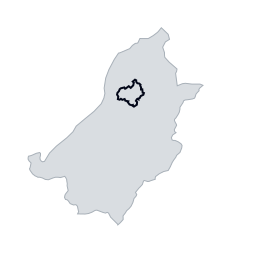 Bulgaria, with Targovishte highlighted, rotated 310°
{"feature_id": "BGR-2257", "entity_name": "Targovishte", "entity_type": "Province", "adm_level": 1, "iso_a3": "BGR", "parent_name": "Bulgaria", "parent_adm1": "", "projection": "robinson", "projection_center": [26.357, 43.248], "detail": "coarse", "context": "in_parent", "style": "outline", "palette": "ink", "viewbox_px": 256, "rotation_deg": 310, "n_neighbors": 0, "source": "natural_earth", "source_scale": "10m", "svg_char_len": 2828}
<svg xmlns="http://www.w3.org/2000/svg" viewBox="0 0 256 256"><g transform="rotate(310 128 128)"><path d="M208.9,158.0L204.6,157.3L203.1,157.5L202.2,158.5L200.2,158.3L197.7,158.3L195.1,159.4L193.7,159.8L191.8,158.8L188.3,155.8L186.1,153.7L184.5,153.1L182.9,153.8L177.2,154.5L175.8,155.7L173.1,157.1L170.5,157.7L166.6,158.2L164.6,158.1L163.5,158.8L162.6,160.8L161.9,162.7L161.3,163.5L156.6,164.5L155.5,165.6L155.2,166.7L155.3,167.8L151.5,166.7L148.5,167.4L147.9,168.3L147.2,169.5L147.6,170.7L148.7,172.0L149.7,175.4L150.0,178.7L149.4,180.6L147.2,182.0L142.7,183.5L138.3,182.8L136.4,183.4L133.1,183.6L130.1,184.0L125.5,185.3L121.3,186.1L117.6,183.3L113.2,181.4L108.5,180.3L106.9,181.1L106.2,181.8L102.3,179.3L100.6,178.4L99.7,177.5L98.2,174.1L97.2,174.0L94.0,175.3L90.9,175.2L89.0,175.0L83.5,175.1L82.7,177.4L82.0,177.7L80.8,178.0L77.9,177.9L74.1,179.6L70.1,180.6L66.9,180.6L63.7,180.1L61.7,180.5L57.5,180.7L54.8,183.1L50.7,183.0L47.2,182.5L47.7,181.8L48.5,172.1L50.3,167.8L50.2,166.9L49.9,166.2L48.4,165.5L47.3,163.2L45.1,157.0L43.8,155.8L40.3,154.5L37.1,152.7L34.5,150.4L29.8,144.6L32.2,144.0L33.0,142.8L35.5,139.6L35.8,138.1L35.6,137.2L34.0,135.7L32.9,132.3L33.8,129.2L33.9,127.6L33.1,126.0L34.0,124.0L35.8,123.0L36.9,122.6L41.6,122.4L44.6,118.5L46.4,117.2L48.2,115.0L49.1,114.2L49.9,112.4L50.3,110.6L46.6,108.1L45.4,106.2L43.8,104.2L41.6,102.7L37.2,100.3L35.5,97.8L34.7,94.5L33.6,92.1L32.3,90.5L32.1,89.2L31.6,87.6L31.5,84.4L32.6,80.3L33.4,78.8L34.9,78.4L38.9,76.2L39.2,73.3L39.9,71.5L41.2,70.5L42.4,69.9L44.6,71.5L49.8,74.1L52.4,76.1L52.3,77.3L51.0,78.4L48.7,79.6L47.3,81.1L46.9,83.0L47.2,84.3L48.8,85.5L58.4,84.0L68.1,84.8L81.1,87.4L89.7,88.3L96.1,87.1L107.9,89.2L118.9,91.3L129.5,91.9L135.4,90.3L139.6,88.1L143.2,84.1L152.0,78.8L160.6,75.8L171.8,73.4L179.3,72.6L180.3,73.4L189.9,78.3L194.1,78.3L197.5,79.2L198.8,80.5L199.7,80.8L204.2,79.6L206.3,82.2L209.5,86.0L214.9,87.9L219.7,89.0L221.2,89.2L226.2,89.1L225.6,98.5L222.6,102.8L218.0,101.3L212.2,102.6L209.2,107.5L207.4,109.0L205.8,110.7L204.9,117.1L204.7,127.6L202.5,128.9L200.5,129.3L192.0,138.6L196.9,141.2L199.1,143.2L202.7,148.7L207.9,154.9L208.9,158.0Z" fill="#d9dde1" stroke="#a8b0b8" stroke-width="1"/><path d="M156.7,117.5L156.6,116.6L155.8,116.3L153.9,116.6L153.7,118.3L151.5,119.8L148.2,118.8L148.0,117.9L148.8,116.9L147.9,116.4L147.0,114.1L147.7,111.1L148.6,111.0L147.2,108.4L148.0,106.8L145.9,105.5L145.8,103.8L144.3,103.4L143.6,101.7L145.9,100.3L146.5,98.2L148.2,97.3L150.4,97.4L152.4,96.7L153.8,97.0L156.7,99.1L156.2,100.5L156.6,100.8L160.5,101.7L160.5,104.3L164.0,104.6L166.5,103.3L166.6,101.8L169.5,102.3L169.8,103.6L168.7,104.6L168.3,106.4L169.3,108.1L169.2,109.8L168.3,110.1L167.5,111.9L165.9,113.2L166.8,114.1L164.5,116.5L165.0,117.7L163.3,118.4L160.7,117.2L158.4,117.7L157.2,117.0L156.7,117.5Z" fill="none" stroke="#020617" stroke-width="2"/></g></svg>